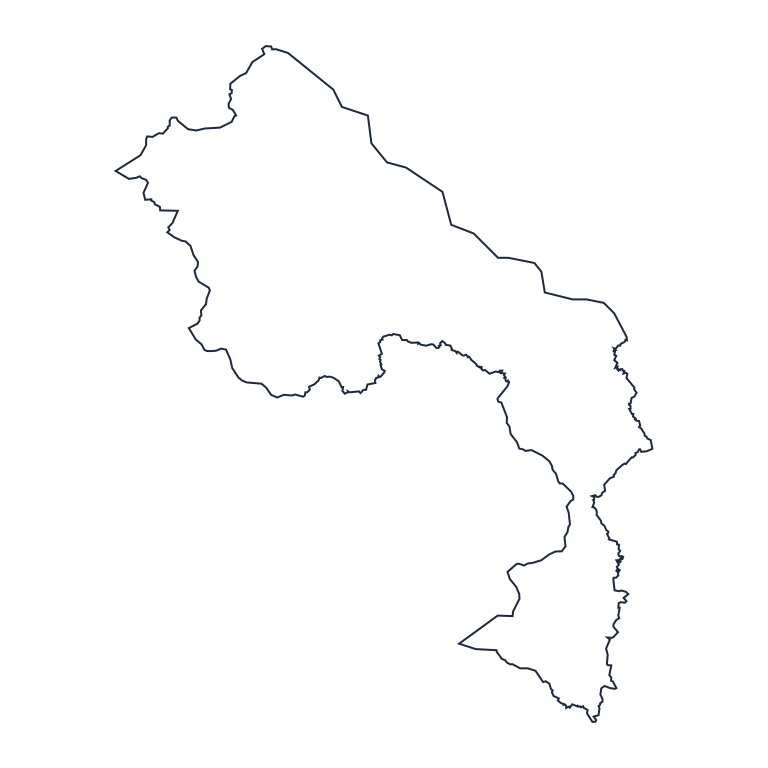 the district of Ejisu Municipal, Ashanti, Ghana
{"feature_id": "2480657B74771824828795", "entity_name": "Ejisu Municipal", "entity_type": "district", "adm_level": 2, "iso_a3": "GHA", "parent_name": "Ghana", "parent_adm1": "Ashanti", "projection": "mercator", "projection_center": [-1.391, 6.614], "detail": "fine", "context": "isolated", "style": "outline", "palette": "slate", "viewbox_px": 768, "rotation_deg": 0, "n_neighbors": 0, "source": "geoboundaries", "source_scale": "gbopen_adm2", "svg_char_len": 6110}
<svg xmlns="http://www.w3.org/2000/svg" viewBox="0 0 768 768"><path d="M115.6,171.0L129.0,178.9L136.3,177.8L139.7,176.3L141.7,178.2L146.1,179.8L148.0,182.8L143.5,192.8L145.2,199.8L151.3,199.3L151.2,200.5L154.3,202.2L154.8,204.3L159.9,206.9L160.2,210.4L177.8,210.8L172.4,223.1L168.3,227.3L169.6,230.0L167.3,232.3L174.0,237.1L181.6,240.7L185.7,241.5L190.5,246.0L193.5,255.0L198.0,262.0L197.6,266.4L194.5,270.8L196.0,276.7L198.6,281.6L208.7,287.7L209.9,290.3L206.7,298.7L206.0,304.1L200.9,310.5L201.4,315.3L199.6,317.7L199.6,320.6L197.4,323.7L188.8,328.1L195.8,339.5L201.6,344.4L204.4,349.8L206.9,351.0L211.1,351.1L216.2,350.7L221.0,348.6L226.0,349.6L230.4,359.6L232.2,368.0L238.4,377.5L242.2,380.6L246.5,382.4L261.4,383.7L266.0,387.4L271.2,394.9L277.3,397.5L283.7,394.8L292.0,395.5L295.2,394.5L302.9,396.7L304.8,395.6L305.4,392.3L307.2,392.3L309.8,389.6L309.1,386.7L314.4,384.3L318.6,380.4L319.5,377.6L320.8,378.0L324.9,375.9L326.6,377.0L329.9,376.6L333.7,377.9L338.8,381.3L341.7,387.3L343.1,387.1L342.4,390.9L344.8,393.7L347.9,392.2L347.7,391.2L349.5,392.3L358.9,391.4L360.5,393.1L363.5,389.9L366.0,389.9L367.5,384.5L375.4,383.0L374.9,380.3L376.2,378.0L378.2,377.4L378.5,375.8L379.7,377.0L380.8,376.5L384.2,372.4L384.7,370.8L381.8,369.2L380.6,364.7L381.3,364.4L380.0,361.6L380.6,360.0L379.4,359.1L380.1,357.1L378.9,355.6L381.9,353.8L378.4,343.3L380.1,342.2L380.3,340.3L382.5,339.6L382.0,338.5L383.2,336.7L389.7,334.7L391.8,335.3L393.2,334.0L399.8,335.2L402.1,340.1L406.9,340.0L407.7,341.3L411.2,342.8L418.1,342.5L418.1,343.8L419.5,343.2L420.5,344.6L426.3,345.7L431.2,344.2L433.3,344.5L436.3,347.9L438.2,348.1L439.4,347.0L438.9,345.8L440.7,345.2L440.1,343.2L442.4,341.1L445.3,343.4L445.6,344.8L450.4,345.6L451.9,348.8L451.6,350.0L455.2,351.0L456.7,352.9L456.9,351.8L458.0,351.7L462.3,355.2L463.8,355.7L466.0,354.7L467.8,356.2L467.7,357.2L469.4,357.0L471.5,360.1L476.5,364.3L476.6,365.6L479.9,367.5L479.9,366.7L481.6,367.0L481.7,369.4L482.8,370.4L484.9,369.9L489.6,373.7L495.9,371.5L499.3,372.3L499.6,370.7L502.2,370.6L501.1,373.1L504.9,373.5L504.0,375.3L505.6,377.4L504.4,378.0L505.4,378.6L505.9,381.1L507.9,381.7L508.2,380.9L509.1,382.1L507.4,386.3L497.5,398.6L498.1,401.5L501.4,402.6L507.0,417.2L506.7,422.9L509.4,426.4L510.6,434.0L517.0,442.2L519.3,448.6L523.2,449.4L525.4,450.9L531.5,450.1L542.4,455.6L549.5,461.4L552.0,466.1L552.6,469.8L556.0,473.8L558.3,481.5L559.8,483.4L562.8,483.6L571.3,491.9L573.3,496.1L573.2,499.5L570.6,501.1L566.6,506.6L568.7,512.8L570.0,524.4L568.5,526.7L567.4,532.4L564.5,536.9L565.5,546.4L561.7,551.3L555.5,551.5L549.1,554.5L541.4,560.2L532.3,563.0L527.9,563.4L524.1,565.5L518.8,563.7L516.6,564.0L507.5,571.9L509.9,579.1L516.3,587.0L519.2,594.0L519.5,598.8L513.1,611.4L512.6,616.1L497.7,615.6L459.1,643.7L475.7,649.1L496.5,650.2L496.8,651.9L502.0,659.1L504.9,660.0L506.7,662.3L510.0,664.3L512.5,664.2L520.1,668.3L527.7,668.3L535.5,670.8L543.1,682.1L545.8,681.3L549.5,683.9L550.8,688.7L552.7,690.5L551.8,692.1L553.6,696.0L558.8,698.4L557.9,700.6L560.9,703.1L563.8,704.0L563.6,704.9L564.9,704.5L566.2,705.8L566.2,707.9L569.2,706.6L569.8,707.6L572.3,704.3L577.0,706.3L577.7,705.7L578.3,706.7L580.2,706.4L580.9,707.3L583.1,706.3L583.6,707.7L587.6,710.0L587.0,713.3L592.4,721.9L595.5,721.7L596.2,720.0L593.7,716.6L598.5,715.2L599.5,708.5L598.6,706.0L600.1,704.9L600.1,703.3L602.5,701.6L602.4,698.8L600.4,694.5L601.3,688.3L604.5,686.0L610.5,688.2L614.8,688.8L616.4,688.1L612.8,681.4L611.1,680.8L611.2,677.4L609.3,675.2L611.3,665.4L607.6,665.1L606.9,663.8L607.7,654.8L606.1,648.5L609.9,639.7L607.4,637.5L611.9,637.8L613.4,637.1L618.0,632.2L613.4,626.7L613.5,624.3L616.1,620.2L619.2,618.1L618.3,615.4L619.7,607.8L618.3,607.7L618.7,603.2L620.7,602.2L624.9,602.7L626.5,601.2L623.6,597.9L628.3,594.1L625.9,591.8L621.3,590.5L619.4,591.2L614.6,590.4L613.3,578.9L613.6,577.8L616.0,577.7L618.3,575.4L617.9,572.9L619.7,570.1L618.9,569.6L617.1,571.4L616.3,570.8L617.8,568.6L616.8,567.0L618.9,564.6L616.4,560.3L617.8,560.2L618.5,561.9L620.0,562.3L620.5,561.8L619.1,560.1L619.6,559.2L622.3,559.1L623.2,556.9L622.1,556.2L621.4,558.4L620.5,556.3L618.8,555.8L618.3,553.5L620.2,550.9L618.6,549.2L619.0,544.7L617.1,544.4L616.9,541.7L608.9,539.4L609.4,538.5L607.0,533.9L608.2,533.0L608.3,531.6L606.2,529.9L604.3,525.6L601.3,523.3L601.0,520.8L596.5,514.8L596.9,512.2L596.1,509.5L594.0,507.3L592.5,507.1L594.2,502.4L593.2,500.0L594.0,499.9L594.4,497.3L592.0,496.1L595.2,495.2L596.8,496.8L598.8,496.8L601.4,495.3L602.1,492.9L605.1,490.8L604.2,484.7L609.9,478.3L613.9,476.7L613.7,475.0L615.4,473.4L616.4,470.2L622.2,465.1L624.5,463.6L625.8,464.1L631.7,457.3L633.0,457.5L635.7,454.8L635.4,453.1L637.7,452.1L639.2,449.3L640.1,449.3L641.2,451.8L646.6,451.3L652.4,448.8L650.7,440.0L647.5,438.6L646.3,436.5L644.7,435.8L644.4,433.5L641.3,428.6L639.1,427.0L640.2,425.6L639.1,421.1L636.2,420.6L635.8,418.8L634.8,419.2L634.6,417.6L633.0,416.5L633.3,414.0L632.0,414.0L629.2,409.0L630.6,408.7L630.4,405.6L628.9,404.6L629.1,403.6L630.6,403.2L631.6,397.9L634.4,396.5L636.6,392.8L634.1,389.1L634.4,387.7L626.5,377.9L627.3,373.9L625.7,372.7L623.5,373.6L624.2,370.8L622.7,370.5L622.3,369.1L620.8,369.1L620.0,370.2L618.8,369.4L618.3,370.5L617.1,369.0L617.5,366.8L615.2,367.8L617.4,362.9L614.2,360.1L616.3,355.8L614.3,354.9L615.0,351.5L613.7,351.3L614.2,349.8L615.4,349.9L614.1,348.3L615.6,348.8L618.3,345.5L620.1,345.7L620.7,343.9L624.8,341.8L625.5,339.8L627.0,340.3L626.6,336.9L614.2,313.3L603.8,302.9L586.5,299.4L572.6,299.4L544.8,292.5L541.4,271.7L534.4,263.0L508.4,257.8L498.0,257.8L473.7,233.5L451.2,224.8L442.5,191.9L406.1,167.6L387.0,162.4L371.4,143.3L367.9,115.6L341.9,106.9L333.3,89.6L288.0,53.0L276.1,49.2L272.1,49.4L271.2,46.5L265.8,46.1L262.1,48.8L264.3,54.2L252.3,62.1L246.2,73.0L239.9,76.0L230.4,83.7L230.1,89.3L231.9,90.0L231.6,93.3L229.4,94.3L231.1,99.0L228.6,103.8L228.9,107.8L232.8,109.9L236.1,115.5L234.4,116.3L231.6,121.9L220.0,127.6L204.8,128.5L196.2,130.5L188.1,129.2L177.8,120.8L176.4,117.6L171.7,117.6L169.7,120.4L169.7,125.6L167.8,126.8L167.9,128.2L162.9,133.6L158.9,133.2L152.5,136.9L147.2,136.4L146.2,139.0L146.1,145.3L140.5,155.2L115.6,171.0Z" fill="none" stroke="#1e293b" stroke-width="2"/></svg>